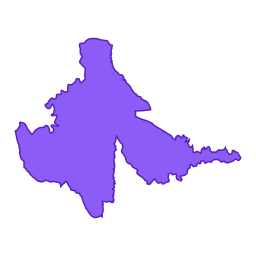 outline of Leribe, Leribe, Lesotho
{"feature_id": "5366337B97368011547382", "entity_name": "Leribe", "entity_type": "district", "adm_level": 2, "iso_a3": "LSO", "parent_name": "Lesotho", "parent_adm1": "Leribe", "projection": "albers", "projection_center": [28.079, -28.875], "detail": "fine", "context": "isolated", "style": "filled", "palette": "violet", "viewbox_px": 256, "rotation_deg": 0, "n_neighbors": 0, "source": "geoboundaries", "source_scale": "gbopen_adm2", "svg_char_len": 5839}
<svg xmlns="http://www.w3.org/2000/svg" viewBox="0 0 256 256"><path d="M240.6,158.5L240.5,157.1L239.5,156.0L238.1,153.3L236.2,151.9L234.7,151.6L234.3,150.7L232.6,150.5L232.3,151.1L232.3,152.4L231.3,153.9L229.4,154.4L229.0,154.1L227.1,151.4L226.8,149.8L225.9,149.3L225.3,147.7L224.8,149.0L222.5,150.1L222.0,150.0L221.2,150.3L219.2,149.8L218.9,150.2L218.0,150.3L217.0,151.2L216.3,152.2L215.0,152.4L214.7,151.9L212.3,152.5L212.2,152.1L210.5,151.2L210.1,150.6L210.1,148.7L208.9,146.8L208.3,146.7L206.0,148.6L206.0,149.0L205.1,148.8L204.6,148.0L204.6,148.7L204.2,149.0L203.6,147.6L202.8,148.1L201.3,150.4L201.3,151.6L200.6,153.1L197.2,151.3L194.0,152.8L192.8,151.5L193.1,150.1L192.5,145.7L191.4,147.3L190.4,147.4L189.8,146.5L189.0,146.4L188.7,145.2L187.5,143.1L188.9,141.6L189.2,139.7L188.1,140.9L185.4,141.7L187.5,138.1L184.3,136.6L183.7,135.1L182.7,135.6L182.3,137.0L181.6,137.9L180.6,137.4L179.9,136.2L177.8,135.4L176.0,137.0L175.5,139.8L173.5,138.6L172.1,137.3L171.3,135.9L170.0,134.9L166.9,133.3L165.8,132.3L153.9,125.3L152.4,123.5L148.0,121.3L139.8,118.5L137.3,117.3L135.4,116.0L135.7,112.8L135.4,110.9L141.0,110.8L150.6,109.8L150.4,107.6L147.8,102.7L146.6,101.6L145.4,100.8L144.8,101.0L143.9,100.1L141.6,99.2L140.7,96.9L139.8,96.9L138.8,96.6L138.1,96.0L137.1,96.0L136.7,95.5L136.6,94.5L134.2,93.0L131.0,88.4L130.8,87.4L128.8,84.8L126.3,83.0L126.4,82.4L125.2,80.0L124.9,79.7L124.3,80.2L123.7,80.2L123.9,79.7L123.1,78.9L123.8,78.5L123.7,77.0L122.0,75.0L119.5,74.6L118.5,73.7L117.9,72.6L115.8,71.1L114.7,69.8L112.4,65.4L112.6,64.7L112.2,63.8L112.3,63.2L111.3,62.6L112.1,61.1L111.9,60.8L111.3,61.1L111.5,59.9L110.7,59.2L111.4,57.8L110.3,55.7L111.2,55.2L111.0,54.2L111.5,53.6L111.3,52.1L110.8,51.2L111.8,48.7L111.5,47.8L112.4,46.1L111.9,45.0L110.2,45.0L109.4,44.4L109.1,43.9L109.3,43.3L108.0,42.3L107.4,40.8L101.0,39.9L98.0,38.9L94.2,38.4L90.4,38.7L88.6,39.2L86.3,40.6L84.9,42.5L83.7,43.1L80.4,43.4L79.7,44.0L79.5,44.9L79.5,45.8L80.4,49.0L80.2,51.7L80.4,53.6L82.2,56.6L79.6,61.5L80.0,62.9L85.0,68.0L85.3,68.8L84.7,75.9L85.3,78.3L85.0,79.3L82.1,82.2L80.9,82.6L80.1,81.7L79.1,79.0L78.7,78.8L76.5,78.8L75.3,81.5L73.5,83.4L71.1,84.9L68.9,84.5L68.4,84.8L67.8,85.9L67.8,90.5L67.3,91.8L65.2,92.1L61.9,90.3L61.2,91.2L61.3,92.9L60.8,94.1L60.1,94.6L57.9,94.2L56.9,94.5L56.5,95.3L56.2,97.9L55.6,99.0L54.2,99.2L52.3,98.0L51.4,98.3L49.1,100.7L48.2,102.1L47.9,103.3L45.4,104.4L45.2,105.5L45.5,106.1L46.4,107.4L48.2,108.6L49.5,108.4L50.1,108.0L50.9,106.9L51.9,104.6L52.5,104.2L53.0,104.5L54.2,107.1L54.4,109.7L53.7,112.9L53.1,113.8L51.4,114.6L51.4,115.1L51.7,115.5L52.8,115.8L56.1,115.2L56.7,115.7L56.7,117.0L54.8,121.8L54.6,123.0L55.1,123.7L58.4,125.4L58.6,125.9L58.3,126.2L56.3,126.3L52.6,124.9L51.5,125.2L51.2,125.7L51.3,126.6L53.6,128.7L53.9,129.6L52.9,132.0L51.0,133.0L50.4,132.8L49.8,132.0L49.3,129.4L48.2,126.7L47.1,125.8L45.5,125.6L44.3,127.0L38.9,128.0L37.7,128.6L35.0,130.7L32.6,134.0L31.9,134.4L27.8,129.3L25.8,125.1L24.4,123.4L21.0,122.3L20.3,122.3L19.6,123.0L20.1,125.0L19.8,125.9L17.1,130.1L15.4,130.9L17.0,139.3L18.0,142.6L18.8,144.3L19.3,148.2L19.9,149.6L19.9,151.3L19.4,152.1L20.9,158.1L21.7,159.5L24.0,161.3L24.1,167.6L25.3,168.0L26.0,169.2L26.6,169.7L27.2,171.0L29.8,173.1L30.0,173.4L29.9,173.9L30.4,174.5L33.3,177.4L35.1,178.8L36.4,179.4L36.6,180.1L38.8,181.4L39.8,181.1L40.3,181.6L41.9,181.9L46.2,180.2L50.2,181.9L53.5,181.5L56.3,181.9L59.9,183.0L60.4,184.1L60.9,186.6L62.6,184.3L64.2,183.3L65.1,181.8L65.8,181.3L66.4,181.6L66.5,182.3L67.0,182.6L67.7,183.4L68.4,185.2L70.1,187.4L71.0,189.9L72.2,190.3L74.4,190.4L74.8,190.7L75.1,191.6L76.6,193.0L79.3,193.3L79.5,193.9L79.9,194.2L80.0,194.9L81.6,196.7L83.6,202.9L84.6,204.7L85.9,208.4L87.4,209.9L88.2,211.8L91.4,215.9L94.5,217.6L97.7,217.1L101.3,215.7L102.4,217.4L102.1,214.5L103.2,210.1L102.7,205.6L103.3,204.6L102.3,201.5L103.6,201.4L106.8,202.0L110.0,201.4L110.7,201.6L111.3,202.4L112.8,202.5L113.4,202.1L112.8,201.2L114.0,200.1L113.0,197.7L113.6,195.7L112.8,195.3L113.7,194.2L114.0,189.9L113.0,189.6L112.5,188.8L113.9,188.0L114.3,187.5L114.3,186.7L113.9,185.8L114.0,184.9L115.2,183.5L114.8,182.7L114.3,183.5L113.8,183.4L113.8,182.7L114.7,181.9L114.8,181.4L113.4,178.9L114.2,177.8L113.6,177.4L113.0,176.1L113.9,173.2L113.8,172.3L114.1,171.4L113.7,171.0L113.7,170.4L114.3,169.9L113.4,168.8L114.0,168.6L114.6,167.6L114.5,166.1L114.7,165.4L114.3,164.9L114.5,163.7L114.1,163.2L114.4,162.8L113.8,160.3L114.0,158.3L115.0,157.3L114.4,156.5L114.5,155.6L114.8,155.2L114.7,154.4L114.2,153.7L114.3,151.6L116.4,149.6L115.1,148.1L115.1,147.7L115.9,146.9L114.2,143.9L115.2,142.4L115.6,141.1L116.1,137.6L116.6,136.1L117.9,138.7L120.4,142.6L122.4,144.2L122.8,147.4L121.6,150.5L121.6,151.9L123.3,154.0L125.5,157.6L125.8,159.4L126.9,162.1L127.5,162.8L130.9,164.4L131.7,165.1L132.5,167.0L137.5,169.7L136.9,172.9L137.4,173.9L142.4,177.6L143.3,178.0L144.9,180.3L146.9,181.0L147.3,182.0L146.9,183.7L148.5,184.3L150.1,184.1L154.0,179.2L154.6,179.2L155.2,179.7L155.5,180.6L158.2,183.2L161.0,182.4L162.6,183.9L163.6,183.9L166.4,182.1L168.3,181.9L168.9,181.2L169.1,180.5L168.2,177.9L168.1,177.1L168.5,175.6L168.3,174.4L169.1,173.7L171.3,173.3L172.0,173.5L172.3,174.7L176.1,174.1L176.4,175.1L176.4,178.0L176.8,179.0L180.5,180.8L181.2,180.8L181.9,179.9L181.5,178.4L180.2,176.9L180.4,176.2L184.6,175.3L186.8,173.7L187.8,169.4L188.4,168.6L190.0,167.8L190.2,165.7L190.7,164.7L191.2,164.3L193.5,166.6L196.4,166.0L197.0,164.4L197.9,163.2L198.8,163.0L199.4,163.7L200.1,163.7L201.0,162.6L200.9,161.3L201.7,160.8L203.0,160.9L204.2,161.5L204.5,162.7L205.2,163.2L208.3,161.6L211.1,162.2L212.3,160.8L214.1,159.6L217.7,159.5L218.5,160.1L219.1,160.0L220.2,160.5L220.6,161.8L221.1,162.0L222.3,161.9L223.9,161.2L224.3,161.3L225.3,162.3L226.6,162.8L228.1,162.8L232.2,161.4L234.4,160.0L235.1,159.1L237.1,159.6L237.9,160.3L238.5,160.4L239.4,159.9L239.6,159.4L240.6,158.5Z" fill="#8b5cf6" stroke="#5b21b6" stroke-width="1.5"/></svg>